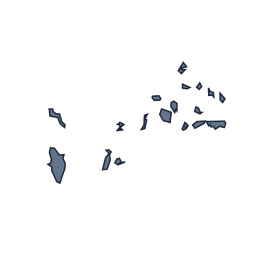 the district of Notioy Aigaioy, Notio Aigaio, Greece, rotated 132°
{"feature_id": "26713481B52894455575268", "entity_name": "Notioy Aigaioy", "entity_type": "district", "adm_level": 2, "iso_a3": "GRC", "parent_name": "Greece", "parent_adm1": "Notio Aigaio", "projection": "natural_earth1", "projection_center": [26.069, 36.671], "detail": "medium", "context": "isolated", "style": "filled", "palette": "slate", "viewbox_px": 256, "rotation_deg": 132, "n_neighbors": 0, "source": "geoboundaries", "source_scale": "gbopen_adm2", "svg_char_len": 1849}
<svg xmlns="http://www.w3.org/2000/svg" viewBox="0 0 256 256"><g transform="rotate(132 128 128)"><path d="M214.6,141.8L200.0,148.0L196.1,151.4L194.4,155.8L190.7,157.7L194.0,161.0L192.3,169.3L194.6,172.1L193.7,172.8L198.7,170.1L202.7,163.7L205.9,162.0L208.5,163.2L208.0,158.6L210.8,155.9L215.5,145.1L214.6,141.8ZM98.9,106.8L95.8,100.4L87.4,106.4L91.4,115.8L96.7,113.4L98.9,106.8ZM65.3,60.9L63.2,56.8L59.0,58.6L58.4,60.9L70.8,74.1L72.4,69.4L70.3,69.3L71.6,67.0L69.6,65.3L70.5,62.4L65.3,60.9ZM170.0,175.5L167.8,177.0L167.7,181.3L163.4,188.2L165.6,191.1L165.9,194.5L164.3,196.6L166.6,199.2L171.3,193.9L167.2,187.4L170.2,181.2L170.0,175.5ZM176.0,119.0L172.7,116.0L163.7,119.7L160.2,124.0L157.1,124.5L157.0,127.4L159.2,129.4L159.6,125.1L165.2,124.7L176.0,119.0ZM73.7,74.5L71.2,75.2L77.1,81.1L82.6,82.0L83.4,78.1L73.7,74.5ZM82.5,103.2L77.0,108.0L77.4,111.9L80.2,112.9L83.3,110.6L85.2,103.6L82.1,104.9L82.5,103.2ZM51.9,124.7L46.2,124.5L48.8,127.5L47.7,128.5L43.3,125.5L42.3,130.8L51.7,129.0L51.9,124.7ZM45.7,74.7L41.4,75.5L40.5,82.9L45.5,78.2L45.7,74.7ZM117.1,115.1L109.5,119.6L109.8,121.5L104.9,122.8L107.6,124.2L115.1,118.1L120.2,117.1L117.1,115.1ZM161.9,110.7L155.1,107.4L158.9,110.6L157.7,110.4L156.3,114.1L158.6,115.5L162.7,114.4L161.9,110.7ZM85.9,123.0L84.2,123.3L83.4,126.6L87.9,131.0L89.2,130.5L90.0,127.1L85.9,123.0ZM47.3,87.4L47.5,85.0L44.5,88.3L45.9,91.4L44.4,95.0L49.7,89.8L47.3,87.4ZM133.1,130.9L133.1,132.6L134.4,132.2L133.9,134.2L128.1,133.4L129.2,137.7L132.3,138.2L131.3,136.6L132.4,134.7L137.0,134.3L133.1,130.9ZM88.2,84.4L85.9,85.0L85.8,89.4L92.5,87.1L92.6,85.5L89.7,84.3L88.8,86.1L88.2,84.4ZM71.1,89.5L69.3,84.0L67.0,83.5L68.0,84.7L66.1,89.0L66.9,91.6L71.1,89.5ZM56.4,109.2L58.9,116.8L61.9,114.3L59.3,110.3L56.4,109.2ZM51.7,100.9L47.9,101.0L46.5,104.8L51.8,104.3L51.7,100.9Z" fill="#64748b" stroke="#1e293b" stroke-width="1.5"/></g></svg>